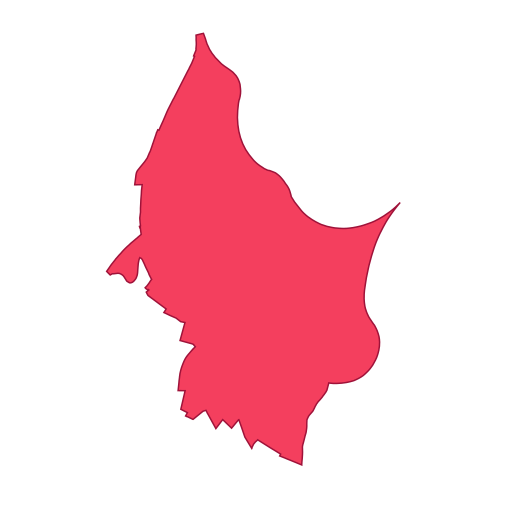 Doesburg, Gelderland, Netherlands, rotated 117°
{"feature_id": "6326949B86842981978413", "entity_name": "Doesburg", "entity_type": "district", "adm_level": 2, "iso_a3": "NLD", "parent_name": "Netherlands", "parent_adm1": "Gelderland", "projection": "natural_earth1", "projection_center": [6.146, 52.019], "detail": "fine", "context": "isolated", "style": "filled", "palette": "rose", "viewbox_px": 512, "rotation_deg": 117, "n_neighbors": 0, "source": "geoboundaries", "source_scale": "gbopen_adm2", "svg_char_len": 5999}
<svg xmlns="http://www.w3.org/2000/svg" viewBox="0 0 512 512"><g transform="rotate(117 256 256)"><path d="M81.5,403.9L82.6,405.3L86.4,409.7L87.5,409.1L88.0,408.8L88.7,408.4L89.8,407.9L91.1,407.2L92.8,406.2L94.7,405.2L96.1,404.6L98.6,403.6L99.0,403.3L99.7,403.0L100.2,402.9L101.4,402.8L106.1,402.4L106.0,401.4L109.8,401.1L110.9,401.0L113.5,400.8L115.1,400.8L118.1,400.8L119.0,400.8L119.8,400.7L122.0,400.8L129.5,400.8L135.3,400.8L153.1,400.8L153.7,400.9L154.7,400.9L160.0,400.9L165.0,400.9L167.9,400.8L173.4,400.4L176.5,400.2L177.9,400.1L182.6,399.9L188.0,399.6L188.1,400.8L190.6,400.6L191.0,400.7L193.0,400.3L193.8,400.2L195.2,400.0L196.0,399.9L196.6,399.8L200.2,399.3L201.4,399.1L201.8,399.0L202.4,399.0L205.5,398.5L210.7,397.8L212.8,397.8L213.8,397.7L218.1,397.4L222.5,398.0L228.9,399.4L233.7,400.4L235.7,400.4L237.0,400.1L238.1,399.8L240.3,399.0L247.6,396.4L247.5,396.2L246.4,394.1L244.1,389.8L249.5,387.8L253.1,386.2L257.9,384.2L262.3,382.2L265.9,380.6L269.4,378.8L274.6,376.9L275.6,376.4L278.7,374.5L281.6,372.6L282.5,373.3L283.5,372.4L283.0,372.1L284.9,370.9L288.9,368.1L299.1,372.3L301.1,373.2L304.8,374.5L305.7,374.9L308.3,375.8L310.5,376.5L312.6,377.1L315.1,377.7L317.4,378.4L317.8,378.5L321.5,379.4L322.1,379.6L323.5,379.8L327.9,380.7L329.3,381.0L333.1,381.5L337.5,382.1L337.9,381.0L339.1,377.3L337.1,376.0L336.3,374.5L334.0,371.1L333.5,369.5L333.4,368.4L333.5,367.6L333.5,366.9L333.8,365.5L334.4,364.2L335.3,362.7L335.7,362.0L336.5,360.7L337.1,359.6L337.2,358.7L337.2,358.0L337.3,357.3L337.2,356.1L336.6,355.2L335.5,354.2L334.1,353.5L332.0,353.0L330.8,352.8L329.7,352.8L327.3,353.1L325.8,353.5L324.2,354.1L321.9,355.1L319.3,356.2L316.1,357.5L313.4,358.3L312.2,358.6L311.2,358.7L310.2,358.8L310.2,357.6L310.2,357.1L310.6,356.2L311.2,355.2L311.7,354.6L313.7,352.0L315.7,349.6L316.7,348.3L319.0,345.2L320.1,343.8L320.6,343.3L321.1,342.8L322.7,340.6L323.9,338.9L324.1,338.4L325.7,338.7L326.7,338.8L328.7,339.0L331.1,339.4L332.1,339.6L334.6,340.4L335.0,339.6L335.1,339.1L335.1,338.8L335.2,338.2L335.2,337.8L335.4,337.2L335.1,336.6L334.9,336.6L335.0,336.3L335.0,336.1L338.0,337.4L339.2,335.8L340.2,334.3L344.0,312.0L348.2,312.4L348.1,310.1L348.0,305.7L347.6,299.0L348.7,293.3L347.5,289.1L365.8,285.3L363.3,273.2L363.2,272.4L363.2,271.9L363.3,271.5L363.5,270.8L363.7,270.7L363.8,270.6L364.1,269.6L364.6,268.3L364.6,268.5L364.8,268.9L364.9,269.0L365.0,269.1L365.3,269.2L366.3,269.5L367.8,269.9L367.7,270.0L368.1,270.1L374.8,271.7L376.8,272.1L378.4,272.3L379.8,272.4L382.2,272.4L384.9,272.2L387.6,271.9L389.2,271.7L391.9,271.2L393.1,270.9L395.1,270.4L396.8,269.8L398.0,269.4L399.0,269.0L402.3,267.8L404.0,267.1L411.3,264.3L408.2,258.0L426.7,253.4L426.7,246.0L430.5,246.1L430.5,244.7L430.3,244.2L430.3,243.5L430.2,238.2L430.1,237.9L418.3,232.7L416.2,230.5L418.4,227.6L418.8,226.9L419.9,225.3L428.0,213.4L416.9,211.4L418.9,204.8L420.5,199.6L409.8,197.2L409.6,197.0L415.2,191.1L422.4,183.7L429.4,172.4L429.2,172.4L429.1,172.6L426.7,172.7L425.6,172.7L424.3,172.7L424.0,172.6L422.8,172.3L421.9,172.1L421.3,171.9L420.7,171.6L419.6,171.2L419.0,171.1L419.1,170.1L420.4,155.8L421.3,144.1L423.4,144.1L422.9,138.9L422.8,137.3L422.2,130.4L421.4,120.6L421.4,120.4L420.3,120.9L418.7,121.6L415.4,122.9L411.5,124.6L409.6,125.5L405.7,127.6L405.2,127.9L404.9,128.0L404.1,128.3L402.6,128.7L401.0,129.0L397.4,129.8L394.0,130.6L391.3,131.1L390.1,131.4L387.5,132.3L386.4,132.7L384.3,133.6L383.6,134.0L382.6,134.5L381.8,134.9L379.4,136.0L379.0,136.2L378.4,136.3L378.1,136.3L376.5,136.4L375.0,136.4L374.3,136.3L374.0,136.3L373.1,136.1L370.4,135.4L368.8,135.0L368.0,134.9L367.6,134.9L366.0,134.9L365.0,134.9L363.2,135.0L361.4,134.9L360.2,134.9L359.8,134.8L358.6,134.6L357.7,134.5L355.3,133.8L354.9,133.7L353.3,133.3L351.5,132.9L350.5,132.8L348.5,132.4L347.0,132.2L345.9,132.0L343.4,131.9L336.0,133.5L335.7,132.4L334.6,129.6L332.9,126.2L330.2,121.7L327.8,118.2L325.2,115.0L322.6,112.2L320.6,110.6L318.6,109.1L316.0,107.4L313.8,106.2L311.6,105.3L309.9,104.7L307.8,104.0L305.6,103.4L304.1,103.1L301.7,102.7L300.4,102.5L297.8,102.4L294.6,102.3L291.9,102.4L289.5,102.7L287.2,103.1L284.2,103.8L282.7,104.3L280.3,105.1L278.8,105.8L276.6,106.8L274.1,108.3L272.0,109.8L269.9,111.7L267.6,114.1L266.0,116.1L265.0,117.5L264.0,118.9L263.5,119.9L263.4,120.2L262.1,122.6L261.1,124.4L260.1,126.2L259.0,128.0L256.9,130.7L255.7,132.1L254.2,133.6L253.0,134.8L251.3,136.2L250.3,136.9L248.6,138.1L246.5,139.4L244.8,140.4L243.5,141.0L240.9,142.3L237.2,143.8L231.6,145.7L225.2,147.8L217.1,150.0L212.9,151.1L205.8,152.6L203.4,153.1L198.1,154.0L194.5,154.6L189.7,155.2L186.1,155.5L182.7,155.7L179.9,155.8L176.4,155.8L172.6,155.8L169.5,155.7L166.7,155.6L164.0,155.4L160.4,155.0L156.6,154.5L152.4,153.8L147.8,152.9L142.9,151.8L149.1,153.9L152.1,155.1L155.4,156.6L159.9,159.0L162.3,160.3L165.0,162.0L167.8,163.8L171.0,166.1L173.3,168.0L175.9,170.4L179.2,173.6L181.4,175.9L184.2,179.2L186.9,182.7L189.0,185.8L190.5,188.2L191.9,190.8L193.4,194.1L195.2,198.5L196.1,201.4L197.1,205.1L197.4,206.3L198.0,210.2L198.3,212.0L198.4,214.2L198.4,215.9L198.4,218.4L198.3,220.0L198.2,221.9L198.1,223.0L197.7,225.9L197.5,227.5L197.1,229.4L196.9,230.2L196.2,232.8L195.7,234.3L195.1,235.9L192.8,240.9L190.4,246.1L187.1,251.6L186.1,252.3L184.9,253.4L183.6,254.6L182.3,255.9L181.2,257.2L180.1,258.8L179.2,260.3L178.1,262.6L176.6,265.2L175.6,267.4L174.5,270.1L173.9,272.0L173.4,274.4L173.1,276.3L173.2,278.1L173.4,280.1L173.7,282.7L174.2,284.2L174.3,284.8L174.3,285.8L174.4,288.2L174.1,290.5L173.8,293.5L173.3,296.4L172.8,298.4L172.1,300.7L171.4,302.5L168.9,308.1L165.9,313.5L162.1,318.7L157.7,323.5L152.7,327.9L147.2,331.8L141.1,335.4L134.6,338.4L127.8,341.0L124.7,341.9L124.0,341.9L121.1,342.6L118.4,343.5L116.0,344.6L114.1,345.7L110.3,348.2L108.2,350.2L106.0,352.9L104.5,355.4L103.3,358.5L102.7,360.2L102.1,363.5L101.7,366.3L101.2,370.2L100.5,374.0L99.8,376.1L98.9,378.7L97.7,382.3L96.6,384.5L95.4,387.2L94.1,389.3L93.0,391.2L91.3,393.3L89.3,395.9L87.1,398.1L85.4,399.7L84.1,401.1L82.6,402.7L81.5,403.9Z" fill="#f43f5e" stroke="#9f1239" stroke-width="1.5"/></g></svg>